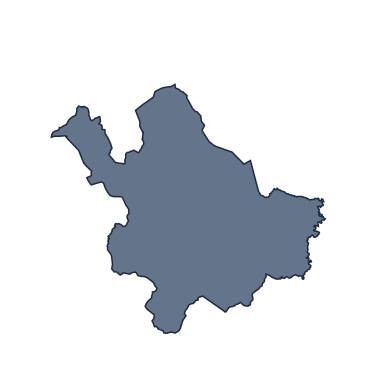 outline of Houet, Houet, Burkina Faso, rotated 329°
{"feature_id": "67063806B93880456931202", "entity_name": "Houet", "entity_type": "district", "adm_level": 2, "iso_a3": "BFA", "parent_name": "Burkina Faso", "parent_adm1": "Houet", "projection": "orthographic", "projection_center": [-4.215, 11.389], "detail": "fine", "context": "isolated", "style": "filled", "palette": "slate", "viewbox_px": 384, "rotation_deg": 329, "n_neighbors": 0, "source": "geoboundaries", "source_scale": "gbopen_adm2", "svg_char_len": 6055}
<svg xmlns="http://www.w3.org/2000/svg" viewBox="0 0 384 384"><g transform="rotate(329 192 192)"><path d="M232.8,91.0L228.3,90.9L224.1,88.9L219.6,87.4L213.8,86.9L212.2,87.0L211.3,87.4L208.5,90.2L207.2,90.9L195.3,91.7L185.6,93.0L183.7,104.3L182.8,106.2L181.1,108.7L180.6,113.4L181.1,115.5L180.2,115.7L180.3,116.6L179.9,116.9L178.9,118.5L178.0,119.2L177.6,120.6L176.6,120.7L176.2,122.7L176.5,123.2L176.5,124.0L175.0,126.3L172.4,127.3L169.9,129.4L168.8,129.3L167.3,130.6L166.4,130.6L165.5,129.8L165.4,128.9L164.2,127.3L163.8,126.2L162.1,126.2L160.7,125.5L158.6,125.6L156.8,124.7L155.3,125.1L154.2,126.0L153.0,128.4L151.3,129.7L150.1,131.4L149.9,132.4L149.0,133.2L144.6,130.0L141.7,127.3L141.2,125.7L141.2,124.5L140.2,119.4L140.1,117.3L140.7,116.7L141.2,116.6L141.3,116.1L141.9,116.3L143.6,114.4L145.8,113.3L146.2,112.5L147.2,108.0L147.8,102.0L147.7,97.5L148.1,95.9L149.4,93.9L148.7,93.1L147.2,92.3L148.9,89.1L148.9,88.3L148.5,86.8L147.4,85.6L149.9,84.3L151.7,80.3L151.4,79.5L149.8,79.7L147.1,78.9L144.9,79.4L142.6,79.0L142.3,77.9L143.0,74.8L143.0,73.2L144.9,70.1L145.6,67.3L145.2,65.6L143.8,63.4L142.5,62.6L142.1,63.2L139.1,60.0L136.4,61.0L134.8,63.6L131.9,66.2L127.7,66.0L124.8,66.5L123.6,66.8L119.1,69.5L115.2,69.1L113.9,69.4L112.4,69.3L111.6,68.4L110.1,69.9L108.2,70.0L105.7,69.2L103.1,69.5L101.3,70.6L99.6,72.7L101.4,72.9L103.6,73.8L106.2,75.5L112.0,78.3L113.2,79.7L112.4,79.7L112.8,82.6L116.3,97.8L114.1,111.3L114.9,115.8L116.7,122.4L115.3,123.8L114.4,125.9L113.5,126.1L109.3,125.5L108.9,127.5L109.0,133.5L109.6,134.1L118.8,136.4L120.3,137.7L120.7,139.4L119.8,143.2L119.6,145.9L119.6,150.6L120.1,152.9L122.3,155.5L128.8,159.5L129.3,160.2L129.5,161.8L128.6,169.1L128.9,173.8L126.8,178.1L124.6,178.7L123.4,179.9L122.9,181.9L122.8,183.9L117.8,186.9L117.0,186.9L115.1,185.9L114.5,183.3L113.7,182.8L113.0,181.3L111.7,181.0L110.1,179.7L108.4,180.9L108.5,182.3L107.9,182.2L104.1,183.2L103.2,184.6L102.4,184.9L101.3,186.0L100.2,185.9L99.4,186.6L97.2,186.8L97.4,187.8L97.3,188.5L97.2,188.1L96.9,188.4L97.1,189.2L95.9,189.0L95.9,190.2L94.5,190.8L94.7,191.2L94.1,193.1L93.5,193.0L91.9,194.2L91.2,195.2L91.3,195.9L89.9,197.9L90.4,204.0L90.0,205.6L86.7,212.9L83.6,216.6L84.1,220.3L86.5,222.0L86.9,224.4L87.9,225.6L87.8,226.2L90.3,226.3L91.2,225.6L96.2,230.3L99.1,230.3L101.9,231.3L102.6,232.5L102.7,234.1L102.4,234.9L102.9,236.1L105.1,238.3L107.3,239.6L109.5,242.4L112.4,250.0L111.8,253.6L112.5,256.1L111.5,257.3L109.6,258.2L106.4,257.4L105.9,258.7L104.1,260.2L102.8,261.9L98.0,262.9L95.6,264.0L93.0,265.8L93.1,269.4L95.9,276.5L96.1,278.1L96.0,278.6L93.9,280.9L91.3,282.0L91.3,284.1L90.4,288.1L92.1,288.8L92.6,290.6L92.3,291.8L95.2,295.2L95.7,297.1L95.3,298.2L97.1,299.7L98.1,300.3L101.1,300.9L103.1,302.1L104.3,303.8L105.0,304.2L108.5,304.3L110.1,303.9L111.4,303.2L117.9,297.4L123.1,294.9L123.2,294.2L122.7,292.4L125.1,290.4L128.3,289.1L131.4,287.2L133.6,287.4L135.8,288.2L139.6,286.9L141.4,287.8L142.0,286.5L143.8,285.6L145.8,286.5L147.5,286.6L158.0,310.2L158.4,311.7L159.4,311.8L159.5,312.2L164.5,309.9L168.3,311.2L170.2,311.5L171.5,310.8L172.8,311.5L175.5,311.7L176.3,311.4L176.7,311.7L177.7,315.2L178.8,316.9L181.3,318.7L182.6,318.5L183.8,318.8L185.5,316.6L186.6,316.0L188.1,316.1L189.4,314.6L190.6,311.3L191.3,310.4L193.6,309.9L199.5,309.4L200.9,308.5L203.6,308.5L205.4,306.7L207.0,306.3L208.4,305.6L208.6,304.7L209.4,304.0L211.7,303.0L212.9,301.0L213.0,301.3L213.6,301.0L214.5,301.7L214.4,302.3L215.4,303.4L216.6,306.2L217.2,307.0L217.7,307.1L217.7,307.9L219.3,309.9L221.8,311.5L222.8,311.3L223.2,312.1L224.3,312.0L224.7,310.9L225.2,310.9L225.6,312.5L227.1,313.8L227.9,313.3L229.6,313.4L230.9,315.9L233.2,316.4L234.5,315.9L238.0,316.1L238.5,317.2L239.2,317.6L239.8,319.0L241.3,319.3L242.5,320.6L242.4,322.2L241.8,323.0L242.2,323.9L242.7,324.0L243.7,323.4L244.3,320.6L246.3,320.5L246.6,319.5L247.7,318.9L248.7,318.7L249.6,319.1L250.9,318.2L253.2,318.7L253.8,317.6L254.7,317.7L255.9,316.4L255.5,314.6L254.9,313.9L255.3,312.9L256.9,312.7L257.9,313.3L258.5,313.2L258.6,311.7L258.2,311.6L257.2,312.3L256.3,310.9L257.9,309.3L256.6,307.9L256.4,307.4L258.2,307.6L258.5,306.7L259.5,306.4L260.5,305.6L260.7,304.9L259.8,304.1L259.9,303.2L261.2,301.4L261.6,301.3L262.8,298.5L265.6,295.7L265.1,294.1L265.4,292.9L265.7,292.7L265.8,293.0L266.2,292.4L266.5,292.9L266.8,292.7L266.9,292.2L268.5,290.6L269.7,291.7L272.4,290.7L273.4,291.1L273.1,293.2L273.9,294.2L276.6,294.2L277.1,293.6L277.4,293.9L277.8,293.8L277.8,293.5L279.1,293.4L279.4,292.8L280.2,292.6L280.3,292.0L278.4,289.5L277.5,289.2L276.4,287.8L277.1,287.2L278.4,287.7L279.7,286.6L279.8,285.5L278.7,284.5L279.0,284.0L280.2,283.9L282.6,286.6L283.8,283.4L284.7,282.6L285.7,282.9L285.8,284.4L286.9,285.4L287.6,285.1L287.8,283.4L289.3,283.1L290.9,284.2L292.5,283.5L291.4,281.9L291.8,280.8L291.3,279.2L291.8,278.2L291.2,278.0L290.9,279.2L290.0,279.8L289.8,278.9L288.9,278.0L288.9,276.7L289.3,276.4L289.8,277.0L290.5,276.9L290.3,275.9L290.8,275.7L290.8,274.8L290.1,274.5L292.1,272.6L291.8,270.9L292.2,269.2L292.9,270.1L294.2,269.9L294.3,271.3L296.1,270.8L297.4,271.1L297.8,270.9L297.5,270.5L297.9,269.9L298.1,267.7L298.4,267.3L299.9,268.2L300.4,265.7L299.5,264.7L299.0,265.4L297.1,265.6L296.5,263.7L297.1,263.6L297.0,262.4L295.3,261.8L294.2,260.8L292.8,261.3L290.3,259.8L289.1,259.6L286.7,255.6L285.9,254.7L285.3,254.4L283.9,252.5L280.0,250.1L279.0,250.0L278.7,249.3L277.9,248.7L277.9,248.0L276.7,247.6L276.5,246.9L275.8,246.5L275.9,246.0L274.1,244.4L273.6,243.2L272.1,242.2L271.3,239.4L270.8,239.1L268.8,236.7L268.6,235.8L267.8,235.6L267.6,234.5L266.9,234.1L267.2,233.1L266.9,232.7L265.3,233.4L264.5,232.7L264.4,231.6L264.0,231.5L263.6,232.2L262.8,232.2L261.2,233.0L259.5,233.4L259.0,233.9L257.6,233.6L257.0,234.9L254.8,235.6L251.8,234.2L250.8,231.8L249.3,230.3L249.4,225.4L258.3,195.1L250.9,194.9L246.9,178.5L235.0,164.0L232.6,157.4L232.2,144.5L237.1,141.3L236.5,136.1L238.7,131.3L237.6,125.9L236.3,124.5L235.3,119.6L235.6,119.3L236.0,108.9L236.4,107.8L237.3,107.1L237.4,106.6L236.1,102.9L236.2,102.0L234.8,100.8L233.4,96.9L231.7,95.0L231.7,93.5L232.8,91.0Z" fill="#64748b" stroke="#1e293b" stroke-width="1.5"/></g></svg>